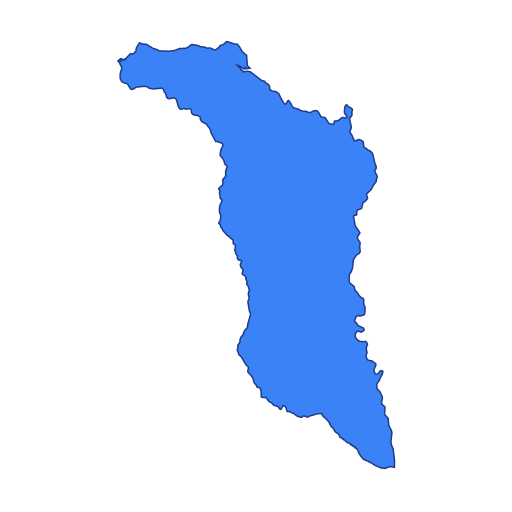 Marisel, Cluj, Romania (Robinson projection), rotated 87°
{"feature_id": "2599482B88504736403182", "entity_name": "Marisel", "entity_type": "district", "adm_level": 2, "iso_a3": "ROU", "parent_name": "Romania", "parent_adm1": "Cluj", "projection": "robinson", "projection_center": [23.156, 46.66], "detail": "fine", "context": "isolated", "style": "filled", "palette": "blue", "viewbox_px": 512, "rotation_deg": 87, "n_neighbors": 0, "source": "geoboundaries", "source_scale": "gbopen_adm2", "svg_char_len": 6062}
<svg xmlns="http://www.w3.org/2000/svg" viewBox="0 0 512 512"><g transform="rotate(87 256 256)"><path d="M412.9,233.1L413.2,230.7L415.8,225.8L417.6,224.0L419.4,220.1L419.4,218.8L418.1,216.6L419.3,213.9L419.5,212.3L418.5,210.7L418.1,207.9L417.2,205.2L416.7,202.5L416.8,198.4L417.8,198.4L419.8,197.2L422.4,194.4L426.4,191.3L427.3,191.4L429.5,190.0L430.3,189.9L431.0,188.9L433.0,187.4L435.6,186.2L437.4,184.0L437.3,183.6L438.4,182.9L440.9,181.5L441.4,181.7L441.9,180.2L443.3,179.0L443.1,178.3L444.1,178.1L444.6,176.9L445.7,176.3L446.9,174.3L447.3,174.4L447.5,173.3L448.8,171.7L449.0,170.9L449.7,170.9L449.4,170.3L450.9,169.3L451.7,167.7L452.2,167.5L452.1,167.0L452.8,167.0L453.5,165.7L455.4,164.5L458.4,163.6L459.4,162.7L460.7,162.3L464.8,159.2L466.8,154.6L467.6,153.8L468.7,151.6L471.4,148.0L474.2,142.1L474.9,138.5L473.3,133.1L474.2,128.8L467.5,128.4L456.3,129.1L451.7,130.6L448.7,131.0L439.4,129.5L437.8,129.8L431.8,132.3L425.2,132.5L422.9,134.1L422.0,135.2L420.3,135.9L414.4,135.1L413.1,135.4L410.7,138.0L409.9,138.2L408.5,138.3L404.8,137.2L403.0,137.3L398.3,139.2L395.0,141.9L393.0,142.2L390.4,142.1L388.7,141.2L387.3,139.7L381.9,137.0L381.2,136.2L377.8,135.3L377.0,136.6L377.3,138.1L379.5,139.8L380.5,141.1L380.3,142.1L379.5,143.4L375.9,144.3L371.3,142.0L369.8,142.1L366.6,146.0L366.6,147.2L365.7,149.8L362.9,151.2L361.6,151.3L358.2,150.2L353.8,150.8L350.0,149.3L348.1,150.0L347.0,151.0L347.3,153.1L346.9,154.8L347.1,155.6L346.6,157.0L344.6,159.6L341.7,161.2L339.0,160.8L336.7,159.2L336.4,157.7L337.6,154.9L336.0,152.1L334.8,151.9L333.4,152.8L331.0,157.3L329.7,158.5L328.3,159.0L327.1,160.5L325.8,160.9L322.2,159.4L321.4,158.6L320.7,156.3L321.4,155.6L321.4,154.6L320.6,152.6L320.5,151.1L318.2,150.2L313.6,149.8L311.9,150.0L309.7,151.0L304.7,150.7L303.9,151.4L302.9,153.3L301.0,155.0L297.4,157.1L295.3,159.0L291.5,159.6L287.9,163.7L286.2,164.3L279.9,163.8L278.2,163.0L276.6,161.6L272.8,160.2L265.1,159.0L263.3,158.0L260.0,155.2L258.7,152.6L256.9,151.7L252.3,152.0L248.4,151.3L247.1,151.8L245.0,153.4L243.1,153.8L241.2,153.2L239.2,151.4L238.0,151.1L231.1,155.3L221.4,156.6L220.9,156.0L220.3,153.5L219.1,153.1L217.3,153.3L215.1,151.9L214.4,148.9L213.6,147.9L208.4,146.4L206.9,143.9L204.7,141.8L203.5,141.6L201.4,142.3L199.8,142.2L195.4,137.3L192.3,135.6L187.6,131.9L185.8,131.8L183.9,130.9L182.0,131.0L178.1,132.9L177.2,132.9L175.4,131.7L173.0,131.2L170.2,132.3L159.7,134.2L157.0,136.5L156.3,138.3L153.9,140.8L153.5,142.1L152.6,142.6L147.9,142.9L146.9,143.5L145.3,146.2L145.0,147.3L145.3,148.6L146.3,150.2L146.4,151.2L146.2,151.7L139.5,154.3L137.6,155.7L136.4,155.6L132.6,154.0L123.6,155.4L121.2,153.3L120.0,152.7L117.4,152.8L115.0,152.0L114.0,152.4L112.0,155.3L111.7,156.3L110.2,156.8L109.8,157.7L110.0,158.5L112.2,159.6L117.0,160.2L118.8,159.6L121.7,157.8L122.5,158.1L122.9,159.8L122.2,161.7L122.3,162.9L125.0,166.7L125.5,169.0L125.2,170.5L128.2,171.4L128.3,174.0L127.4,176.3L121.6,179.6L121.1,180.5L121.0,182.6L120.5,183.6L115.6,186.2L113.9,187.7L114.1,191.1L115.4,193.6L115.5,194.7L115.2,196.4L114.1,198.6L114.0,200.8L113.3,203.2L111.2,206.7L110.4,209.6L109.7,211.0L107.8,212.4L105.1,213.4L102.4,215.3L102.6,216.1L105.8,218.1L105.5,219.8L100.5,222.5L94.8,224.9L92.9,227.5L92.1,231.3L90.4,233.6L87.3,233.5L85.1,234.9L84.0,236.8L82.0,238.3L81.5,239.5L81.7,240.0L80.4,241.9L71.8,252.0L71.1,254.7L71.2,257.5L71.6,258.7L70.3,259.6L69.1,261.0L69.0,261.6L68.0,261.6L64.5,264.9L64.8,263.3L68.5,258.5L68.5,257.7L67.1,257.1L68.6,256.1L68.1,252.1L66.3,254.1L65.1,254.7L54.9,254.9L54.0,256.3L50.9,259.2L46.2,261.6L43.5,263.5L43.2,266.5L41.8,269.5L40.3,274.4L42.5,276.6L43.6,279.1L43.9,280.8L46.0,282.3L48.3,286.1L46.0,290.6L45.8,291.9L45.9,293.9L44.5,297.1L44.2,300.4L43.0,302.5L42.3,304.8L41.4,309.3L43.9,312.9L45.0,315.2L44.7,317.4L45.1,319.4L44.7,321.0L46.5,326.6L47.0,331.9L46.1,341.9L44.9,343.6L43.1,348.3L38.8,354.4L38.6,357.4L37.1,361.3L42.2,364.7L45.1,365.1L47.6,367.9L47.8,368.8L47.3,370.6L50.6,374.3L52.4,375.8L52.2,376.5L53.2,376.9L53.3,377.9L52.5,379.2L54.3,380.0L54.3,381.0L53.7,381.9L51.9,380.6L51.9,380.9L53.9,383.6L54.6,383.5L55.7,382.2L58.7,381.2L59.7,380.4L62.4,380.4L64.4,381.4L67.6,382.2L71.9,382.3L74.9,380.9L76.6,377.8L77.1,375.5L82.5,372.6L83.1,371.8L83.0,370.0L81.1,366.8L80.7,358.8L81.2,356.0L82.8,354.0L83.8,350.2L83.4,340.9L84.2,340.0L87.4,339.0L88.7,337.9L92.4,337.0L93.9,336.1L94.4,334.2L93.7,329.6L94.7,327.9L96.3,327.2L102.3,325.8L104.9,324.6L105.6,323.3L104.9,320.4L105.8,317.8L105.5,317.0L105.4,314.1L106.7,313.0L109.5,312.9L111.1,312.0L112.4,309.4L112.3,308.0L113.8,304.6L116.5,304.4L118.9,303.2L121.8,298.5L124.2,297.1L125.3,296.1L127.5,295.0L130.3,294.6L139.5,290.3L139.6,289.1L141.2,284.9L142.5,283.3L144.3,283.4L148.4,285.6L152.9,286.6L154.1,286.3L157.5,283.8L159.8,282.8L162.2,282.5L164.6,280.4L165.5,280.1L168.6,281.6L171.9,282.1L173.2,281.9L175.2,282.5L176.6,283.7L177.1,284.7L179.3,285.5L181.1,285.0L183.8,286.0L185.1,288.2L187.0,289.8L188.7,288.8L191.8,289.2L193.9,288.7L196.6,288.8L197.6,287.4L198.7,287.1L200.9,287.8L202.9,289.2L206.4,290.0L210.2,290.2L214.1,289.0L218.6,289.8L220.0,291.0L221.5,291.5L222.9,290.0L225.5,289.6L226.8,288.3L228.6,287.9L234.2,283.4L235.1,281.8L236.3,281.0L239.0,278.0L242.4,278.1L243.6,276.4L244.4,276.0L247.0,276.3L249.0,277.1L250.4,276.2L251.8,276.4L255.0,274.6L257.1,274.8L258.4,274.3L259.2,273.5L259.5,271.3L260.1,270.6L263.9,272.2L266.2,271.7L269.3,269.5L272.1,270.6L273.5,270.6L274.9,268.5L276.9,267.0L278.2,267.4L281.1,266.4L283.9,266.7L285.6,265.4L290.0,264.4L291.5,265.2L294.0,265.7L297.4,265.0L301.3,266.5L309.9,265.6L313.1,264.6L314.5,264.7L324.4,268.0L326.8,268.2L330.3,271.6L334.0,273.1L336.0,275.1L339.0,276.4L341.5,276.6L344.0,278.8L345.8,278.8L349.2,279.7L350.7,278.9L353.4,278.4L356.5,275.6L364.1,271.8L366.3,269.5L368.6,269.6L370.2,270.3L371.6,270.1L374.4,267.7L377.9,265.4L382.6,264.5L384.8,262.6L387.0,261.8L387.7,259.5L389.0,258.5L391.3,258.0L397.1,258.1L397.5,257.2L398.0,253.3L402.0,250.7L403.6,247.9L405.9,246.2L407.5,241.9L410.5,239.9L410.2,238.8L406.8,236.9L406.9,236.1L407.5,235.1L409.6,233.8L412.9,233.1Z" fill="#3b82f6" stroke="#1e3a8a" stroke-width="1.5"/></g></svg>